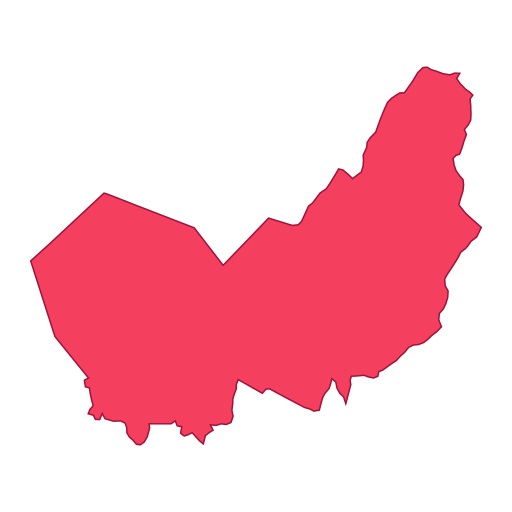 Maranguape, Ceará, Brazil (Natural Earth projection)
{"feature_id": "56859067B57944913032389", "entity_name": "Maranguape", "entity_type": "district", "adm_level": 2, "iso_a3": "BRA", "parent_name": "Brazil", "parent_adm1": "Ceará", "projection": "natural_earth1", "projection_center": [-38.774, -3.988], "detail": "fine", "context": "isolated", "style": "filled", "palette": "rose", "viewbox_px": 512, "rotation_deg": 0, "n_neighbors": 0, "source": "geoboundaries", "source_scale": "gbopen_adm2", "svg_char_len": 2516}
<svg xmlns="http://www.w3.org/2000/svg" viewBox="0 0 512 512"><path d="M105.0,418.7L113.5,421.2L120.5,420.9L125.2,423.2L126.8,428.0L126.9,432.9L129.5,437.2L133.3,440.5L136.4,444.3L140.3,444.8L144.2,442.1L147.3,436.7L149.6,428.1L149.1,423.8L171.0,423.8L175.3,420.9L177.2,425.9L181.7,426.6L180.6,433.3L184.2,436.0L187.7,434.9L192.2,432.7L195.6,436.5L199.6,440.9L203.3,443.9L205.4,435.6L209.6,432.3L213.1,430.2L210.4,424.8L216.0,425.4L221.3,423.8L226.2,424.5L231.0,422.5L233.1,416.2L231.9,410.3L232.7,403.9L232.8,399.0L234.5,393.5L236.3,388.8L236.3,384.5L238.2,379.6L262.4,393.3L265.8,389.2L269.5,388.8L285.8,397.6L304.6,407.5L310.0,409.0L313.7,411.1L319.3,410.2L321.1,403.0L322.7,397.6L324.8,393.5L329.0,388.6L330.6,383.9L331.7,378.7L335.8,382.0L337.0,388.2L339.8,393.3L343.6,396.9L345.8,403.7L350.8,384.6L350.1,380.2L351.4,376.2L356.3,376.0L364.0,375.3L368.3,376.9L373.5,378.0L377.8,376.3L378.8,371.7L382.7,370.1L391.2,363.9L396.2,360.7L400.5,356.0L404.6,352.3L408.7,347.3L413.5,345.0L418.6,344.5L423.8,342.5L427.7,339.5L432.0,335.3L436.5,331.9L441.5,326.8L438.7,319.7L439.4,313.4L443.3,309.0L445.9,303.6L447.7,297.5L448.1,291.0L445.2,285.8L444.7,279.1L447.1,274.6L451.2,268.5L455.7,261.5L458.6,256.6L460.5,252.4L465.2,248.8L467.7,246.1L471.1,241.2L476.7,237.0L481.3,227.4L477.3,223.8L471.6,218.8L465.8,213.5L458.8,204.9L460.4,199.0L462.9,191.2L463.6,184.8L463.0,179.5L459.8,176.0L456.2,171.0L454.1,165.0L453.1,158.5L455.9,155.4L459.6,154.2L462.3,146.9L463.9,141.4L466.4,134.4L464.3,129.7L468.3,124.8L470.7,120.1L471.0,114.0L470.8,109.8L470.7,105.2L470.1,98.9L472.8,95.1L469.6,92.0L465.6,89.3L462.9,86.4L460.2,83.7L456.7,78.5L459.8,73.3L454.7,73.1L450.0,74.8L443.3,73.8L436.1,71.1L431.2,69.7L427.2,67.2L423.1,67.5L417.9,72.4L412.6,81.2L408.9,86.4L406.7,89.7L404.2,92.9L399.9,92.9L396.2,95.1L391.6,98.2L387.5,102.4L385.4,107.0L383.1,112.3L380.2,119.6L375.7,132.1L370.3,137.7L367.2,142.3L366.7,147.3L363.2,155.1L363.5,160.1L363.1,166.1L361.3,172.0L356.9,175.3L352.6,178.6L348.1,174.3L343.0,170.0L338.6,168.9L335.9,173.6L331.0,181.7L326.4,188.7L320.1,193.0L312.6,202.9L308.5,206.2L301.5,221.5L298.2,224.8L292.5,225.4L288.9,224.4L281.5,222.1L268.6,218.1L245.6,242.0L223.1,265.3L194.2,227.8L184.3,224.0L151.7,211.4L137.0,205.7L107.9,194.3L104.0,193.1L49.4,244.0L30.7,260.9L32.7,267.2L54.9,336.4L57.8,340.1L88.5,378.0L84.4,380.2L85.4,386.8L89.4,387.9L90.2,393.3L91.6,400.0L93.2,405.7L89.8,409.6L88.2,413.8L93.5,415.3L95.4,419.4L99.7,419.6L102.2,413.5L105.0,418.7Z" fill="#f43f5e" stroke="#9f1239" stroke-width="1.5"/></svg>